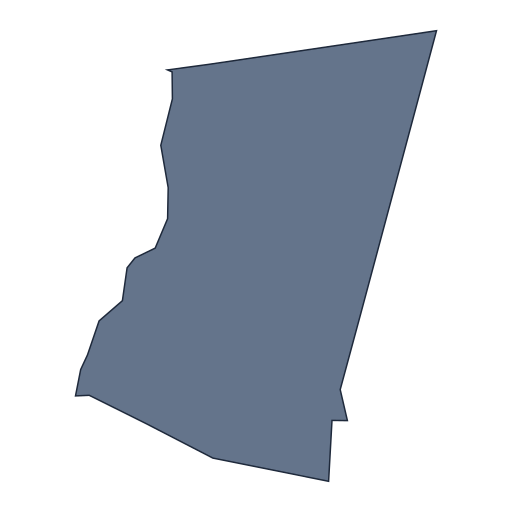 Columbia, New York, United States of America
{"feature_id": "52423323B79096114646112", "entity_name": "Columbia", "entity_type": "district", "adm_level": 2, "iso_a3": "USA", "parent_name": "United States of America", "parent_adm1": "New York", "projection": "albers", "projection_center": [-73.71, 42.244], "detail": "fine", "context": "isolated", "style": "filled", "palette": "slate", "viewbox_px": 512, "rotation_deg": 0, "n_neighbors": 0, "source": "geoboundaries", "source_scale": "gbopen_adm2", "svg_char_len": 433}
<svg xmlns="http://www.w3.org/2000/svg" viewBox="0 0 512 512"><path d="M436.5,30.7L208.5,64.4L167.5,69.9L172.1,71.9L172.4,98.9L160.8,145.3L168.2,187.7L167.6,218.7L155.2,248.1L135.0,257.9L127.1,267.8L122.4,300.7L99.1,320.9L87.5,354.9L80.7,369.5L75.5,395.9L89.2,395.3L145.3,423.2L212.9,458.1L328.6,481.3L332.0,420.4L347.4,420.6L340.2,389.6L360.3,315.3L417.4,102.2L436.5,30.7Z" fill="#64748b" stroke="#1e293b" stroke-width="1.5"/></svg>